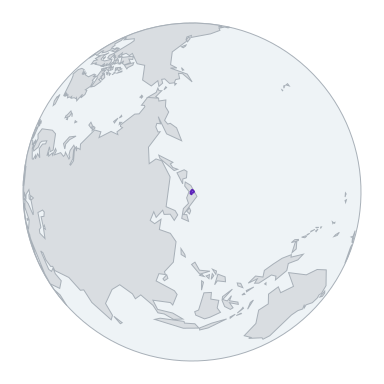 Fukushima highlighted on a globe, orthographic projection, rotated 313°
{"feature_id": "JPN-1864", "entity_name": "Fukushima", "entity_type": "Prefecture", "adm_level": 1, "iso_a3": "JPN", "parent_name": "Japan", "parent_adm1": "", "projection": "orthographic", "projection_center": [140.15, 37.378], "detail": "fine", "context": "on_globe", "style": "filled", "palette": "violet", "viewbox_px": 384, "rotation_deg": 313, "n_neighbors": 0, "source": "natural_earth", "source_scale": "10m", "svg_char_len": 12041}
<svg xmlns="http://www.w3.org/2000/svg" viewBox="0 0 384 384"><g transform="rotate(313 192 192)"><circle cx="192" cy="192" r="169" fill="#eef3f6" stroke="#a8b0b8"/><path d="M296.0,304.8L296.0,305.5L295.8,305.7L296.0,304.8ZM334.0,100.5L330.7,98.6L337.1,105.4L337.8,106.6L338.2,107.5L336.6,106.4L334.9,103.4L330.2,100.1L329.3,102.2L320.3,97.7L304.2,85.8L306.1,84.8L302.0,82.5L299.4,83.7L298.6,85.2L281.0,82.0L270.5,89.5L272.4,96.3L267.9,91.7L275.0,108.1L272.6,117.0L272.1,104.4L269.6,101.2L266.4,105.7L263.1,103.4L259.7,104.5L256.1,101.5L256.1,94.9L253.7,93.0L251.6,96.3L246.7,95.8L250.1,91.1L241.8,89.9L240.2,79.5L252.4,71.0L248.4,64.4L252.7,53.9L249.1,53.2L248.5,49.3L244.2,47.1L246.2,46.2L241.1,45.3L240.0,46.5L237.4,46.7L234.8,45.6L236.9,44.1L238.5,44.4L237.8,43.5L240.0,43.3L237.4,42.8L240.3,41.4L233.6,41.3L232.6,38.9L235.6,38.4L240.3,40.4L258.8,45.6L263.2,46.5L264.8,45.3L257.1,38.6L260.0,39.0L260.1,38.2L256.3,36.8L254.8,37.0L247.7,34.6L246.7,35.7L243.6,35.0L240.6,35.7L235.7,33.6L232.6,31.4L234.8,30.9L233.5,30.1L227.0,29.2L227.0,27.5L219.7,25.4L220.3,25.4L224.8,26.3L234.4,28.5L240.3,30.1L244.4,31.4L256.4,35.8L268.1,41.1L279.3,47.3L290.0,54.4L300.2,62.2L309.7,70.8L318.5,80.0L326.7,90.0L334.0,100.5ZM335.9,190.8L334.4,187.7L336.4,188.0L335.9,190.8ZM332.8,187.0L333.5,187.8L332.8,187.3L332.8,187.0ZM331.8,187.4L332.6,187.1L331.9,187.8L331.8,187.4ZM330.6,188.5L331.2,187.7L331.2,188.0L330.6,188.5ZM328.3,189.0L327.7,189.0L328.1,188.0L328.3,189.0ZM298.8,86.3L299.7,84.0L303.2,83.9L302.9,86.0L298.8,86.3ZM291.5,87.2L291.0,85.2L295.6,87.4L294.4,87.8L291.5,87.2ZM274.5,102.0L275.8,99.5L275.6,102.7L274.5,102.0ZM259.9,105.1L260.6,106.6L258.5,106.6L259.9,105.1ZM243.5,36.8L242.1,36.3L243.4,36.4L243.5,36.8ZM243.5,37.8L246.0,38.4L246.4,38.9L244.9,38.5L243.5,37.8ZM251.1,102.2L247.6,101.8L251.1,101.0L251.1,102.2ZM240.3,37.0L246.8,39.8L247.4,40.8L242.0,40.3L240.3,37.0ZM245.5,100.8L237.0,100.5L237.8,103.6L230.9,95.0L240.4,97.9L244.7,96.2L243.6,98.8L245.5,100.8ZM240.9,47.4L241.8,46.0L243.5,48.2L240.9,47.4ZM242.5,48.9L251.3,56.4L248.5,58.3L246.2,55.2L244.6,58.7L238.9,55.9L238.5,53.4L241.4,52.6L237.1,52.2L242.5,48.9ZM228.4,90.4L226.3,89.5L228.5,89.2L228.4,90.4ZM236.5,46.9L238.5,48.1L236.3,49.8L231.9,47.7L234.0,47.8L236.5,46.9ZM246.9,61.2L244.5,62.2L239.2,60.2L237.6,60.4L238.6,56.1L246.9,61.2ZM233.2,46.9L229.7,46.6L228.3,45.0L234.4,45.9L233.2,46.9ZM237.6,51.2L236.3,51.9L235.6,50.8L237.6,51.2ZM221.6,39.3L224.1,40.5L223.1,41.4L221.6,39.3ZM228.5,46.7L228.9,47.3L228.8,47.8L226.3,47.3L228.5,46.7ZM234.8,55.0L233.1,54.1L234.1,56.7L230.3,55.5L231.6,52.9L229.4,53.5L228.2,53.2L230.7,51.5L234.8,55.0ZM223.4,48.6L223.9,45.3L219.5,42.9L220.2,41.9L227.1,46.1L223.4,48.6ZM227.5,50.4L225.1,49.1L227.2,48.4L230.1,49.0L227.5,50.4ZM227.1,55.7L232.7,58.2L232.2,58.7L227.1,55.7ZM221.8,48.0L221.7,48.8L221.2,47.9L221.8,48.0ZM225.0,53.4L227.1,54.1L226.5,54.7L225.0,53.4ZM219.9,50.0L220.0,48.9L222.0,49.1L219.9,50.0ZM221.9,51.6L220.6,52.2L222.6,49.9L222.9,51.9L221.9,51.6ZM224.1,53.8L224.4,54.3L223.3,53.4L224.1,53.8ZM212.4,49.8L214.5,46.9L218.8,47.4L216.2,50.1L212.4,49.8ZM67.3,78.0L67.4,77.9L56.8,91.2L53.0,98.1L60.5,92.0L66.8,80.3L72.8,74.5L71.7,80.3L66.9,91.5L69.1,89.6L76.3,79.8L79.5,80.1L79.3,76.4L76.2,79.6L76.0,77.6L78.8,74.6L79.8,74.7L82.5,71.1L77.0,72.3L73.3,75.7L77.7,69.1L71.9,74.2L71.6,74.0L81.2,65.2L83.5,63.7L97.8,52.8L95.8,53.7L82.1,64.2L84.5,62.1L81.7,64.1L85.7,60.9L101.2,49.8L106.7,46.1L118.3,40.0L118.7,39.8L127.6,35.9L122.9,38.0L125.0,37.2L120.7,39.5L120.8,40.8L117.4,43.2L123.4,42.3L122.5,43.6L119.2,43.6L115.1,45.3L107.3,52.5L107.5,53.5L112.1,52.5L109.4,54.9L114.8,53.0L113.2,57.3L119.6,50.7L125.1,50.0L127.4,52.1L130.4,50.9L126.6,47.5L124.1,47.4L120.0,49.0L114.1,48.3L115.5,46.3L126.1,43.0L129.2,40.0L136.0,39.3L142.0,47.8L141.5,52.5L128.0,61.8L124.7,60.8L127.9,56.9L119.5,61.2L122.8,60.5L120.5,62.7L125.2,63.2L123.9,64.8L130.7,62.6L129.5,64.7L125.2,66.0L131.2,69.1L130.4,73.7L132.4,73.7L134.8,72.3L132.2,79.5L133.8,79.2L135.2,76.7L139.3,74.5L145.6,73.7L144.4,76.2L142.0,76.8L135.0,82.2L128.7,83.9L128.8,84.9L134.0,84.1L142.5,77.4L146.6,76.3L143.0,79.6L144.7,78.3L146.3,78.5L146.8,81.2L151.0,77.8L170.9,78.5L173.9,84.3L168.4,86.9L181.1,91.5L183.4,98.6L184.8,96.1L191.7,97.3L191.1,95.0L192.3,94.0L209.9,97.0L213.1,100.0L222.2,99.4L222.9,98.2L221.0,95.9L230.9,95.0L237.8,103.6L235.9,105.7L241.5,110.1L236.3,114.4L234.6,120.4L225.7,123.1L225.1,127.9L227.4,129.2L228.4,137.0L222.4,149.5L217.2,133.8L224.1,115.9L220.4,122.5L218.2,119.5L215.0,121.1L212.7,126.1L214.3,127.6L195.1,129.6L183.5,141.4L191.6,143.1L194.2,148.7L188.1,165.7L163.6,183.1L166.9,192.3L165.5,197.2L159.1,198.4L160.9,191.2L156.6,186.9L158.7,183.0L149.0,183.1L151.5,177.5L142.7,180.8L143.4,186.3L151.0,187.9L142.3,193.7L147.0,204.4L144.8,214.2L128.0,226.2L114.9,226.2L113.5,228.9L109.7,223.5L102.5,226.4L107.8,246.5L106.9,251.0L96.2,255.0L96.4,251.6L86.2,237.2L82.7,246.9L90.3,260.4L92.9,272.0L86.3,265.4L83.9,254.9L80.4,249.5L82.5,240.8L81.8,224.7L75.3,223.4L76.9,217.9L74.9,202.4L66.2,200.0L51.5,204.8L47.6,217.9L43.4,220.1L42.9,194.1L46.6,179.6L44.0,177.4L45.5,160.2L41.0,145.3L42.6,140.8L41.2,139.4L42.7,131.4L45.9,124.5L45.7,121.5L37.7,140.0L38.1,143.4L41.5,142.3L39.0,147.8L37.9,156.9L31.3,161.0L28.2,151.0L31.6,140.4L48.3,104.6L49.9,102.7L50.1,102.4L50.5,101.8L48.3,104.3L52.4,98.1L39.5,119.9L35.8,127.8L28.1,151.3L28.0,151.7L26.6,157.9L26.8,165.7L26.0,168.8L23.6,177.8L23.6,178.1L25.1,165.8L27.4,153.7L30.7,141.8L34.8,130.1L39.7,118.8L45.5,107.9L52.0,97.4L59.3,87.4L67.3,78.0ZM58.1,108.8L57.7,116.2L64.4,107.9L64.8,110.2L66.9,106.7L64.9,107.3L71.0,98.5L73.2,100.3L76.6,97.6L76.9,95.0L71.9,93.3L63.1,105.6L60.4,106.0L58.1,108.8ZM221.3,25.6L220.9,25.5L221.1,25.6L221.3,25.6ZM140.4,32.3L136.9,33.4L135.6,33.5L140.0,31.5L142.0,31.3L140.4,32.3ZM132.3,35.2L141.6,33.1L139.3,34.6L139.0,34.0L136.5,35.3L135.5,34.7L124.2,38.7L122.3,39.0L131.4,34.5L129.4,35.6L132.9,34.2L132.3,35.2ZM169.4,28.8L173.3,28.9L163.1,31.9L160.6,31.5L164.7,29.2L170.2,28.3L169.4,28.8ZM229.5,35.9L231.7,36.5L231.1,36.8L228.8,36.6L229.5,35.9ZM222.8,39.8L219.4,34.1L221.7,34.3L216.9,31.2L221.1,30.7L224.1,32.7L223.8,30.3L228.2,31.9L227.2,30.3L233.4,34.7L237.4,36.4L231.4,34.6L227.3,34.9L226.8,35.5L228.2,38.7L234.6,42.9L231.7,44.2L227.9,44.0L225.9,43.2L228.4,42.5L223.9,41.9L226.1,40.4L222.8,39.8ZM185.0,46.5L188.8,45.2L180.1,45.5L182.2,43.2L181.1,43.4L180.6,41.5L178.1,39.7L179.8,38.8L178.1,38.5L177.8,37.4L176.0,36.7L178.4,35.1L176.4,34.3L178.7,34.0L174.6,33.0L178.7,33.1L178.7,31.9L174.7,32.5L192.0,27.3L196.0,25.7L197.2,24.6L204.0,25.3L207.3,27.1L208.0,29.7L203.1,31.3L207.1,31.6L205.9,32.6L203.2,32.0L206.6,33.5L205.0,34.2L205.6,37.7L211.5,40.0L211.9,41.5L208.7,41.0L211.3,42.9L205.6,43.0L205.7,44.2L200.2,45.7L194.0,44.3L194.6,45.8L190.4,47.2L185.0,46.5ZM210.7,50.1L202.8,48.5L200.1,46.6L210.9,44.9L211.5,43.8L218.3,43.0L222.1,45.9L219.8,45.8L218.5,46.4L217.8,45.3L217.4,46.7L214.2,46.7L213.0,47.8L210.7,47.0L210.7,50.1ZM85.4,60.9L84.9,61.3L82.8,63.1L81.3,64.4L85.4,60.9ZM96.8,52.4L96.0,53.0L94.8,53.8L96.8,52.4ZM98.4,51.4L96.2,52.8L98.5,51.3L98.4,51.4ZM118.4,44.5L117.5,45.5L116.2,46.0L115.3,45.8L118.4,44.5ZM159.7,48.5L162.3,47.7L162.8,48.2L168.7,48.2L167.6,50.1L163.6,50.8L159.7,48.5ZM59.8,91.3L59.1,90.9L60.5,89.0L60.4,89.5L59.8,91.3ZM69.2,76.5L65.6,80.8L68.7,76.9L69.2,76.5ZM159.5,50.6L162.0,50.3L159.9,51.5L159.5,50.6ZM167.1,51.5L165.1,52.9L168.1,50.3L167.1,51.5ZM131.8,308.6L136.8,310.5L136.7,311.1L131.8,308.6ZM126.5,305.1L132.1,307.0L125.7,306.0L126.5,305.1ZM134.3,307.7L140.0,308.2L142.4,307.9L142.1,309.0L134.3,307.7ZM122.8,303.9L103.6,296.5L96.3,291.7L97.8,290.3L109.6,295.9L122.8,303.9ZM97.2,289.9L86.4,278.5L73.4,251.6L78.0,254.8L91.9,274.4L91.0,275.9L97.6,284.0L97.2,289.9ZM124.4,289.5L123.4,294.9L112.6,290.5L107.8,287.7L104.5,278.8L106.3,275.6L110.2,277.3L126.4,269.5L131.8,274.7L126.5,278.8L131.0,285.5L124.4,289.5ZM47.8,219.6L48.8,230.1L46.8,229.4L47.8,219.6ZM133.9,261.9L126.7,265.9L133.6,259.6L133.9,261.9ZM138.6,255.2L138.5,258.5L136.3,254.6L138.6,255.2ZM112.4,233.3L108.3,232.3L108.7,230.0L114.2,229.9L112.4,233.3ZM143.1,222.5L141.4,229.4L139.9,231.5L138.9,226.7L143.1,222.5ZM153.8,69.1L146.8,66.8L141.0,66.9L136.7,69.6L139.8,65.0L148.7,64.8L153.8,69.1ZM168.9,77.0L172.7,75.0L173.1,76.8L172.3,77.5L168.9,77.0ZM169.8,75.1L170.6,70.9L174.1,70.5L172.7,73.8L169.8,75.1ZM164.7,59.9L162.7,59.0L164.5,58.0L164.7,59.9ZM259.5,345.7L262.6,344.8L258.2,347.1L251.6,349.9L244.2,352.4L259.5,345.7ZM204.6,358.5L202.3,357.1L210.1,356.6L208.6,358.0L204.6,358.5ZM264.3,343.3L268.1,340.6L267.6,339.0L269.5,340.0L275.0,337.7L264.5,344.0L264.3,343.3ZM169.9,348.6L139.9,346.9L132.7,344.3L133.1,342.6L123.6,333.3L125.8,334.2L122.5,328.2L139.4,328.4L151.1,321.3L162.2,324.1L169.5,317.6L181.5,319.8L178.8,325.5L192.2,330.6L198.9,317.6L209.4,332.1L220.7,336.4L226.6,343.3L214.9,353.9L206.1,355.8L203.3,355.1L199.9,355.9L193.1,355.5L187.3,352.4L184.0,353.1L186.2,351.0L181.9,352.7L177.4,350.3L169.9,348.6ZM256.2,326.2L258.6,326.1L263.0,327.3L259.2,327.8L256.2,326.2ZM290.2,309.7L291.7,310.2L289.1,311.5L290.2,309.7ZM295.8,305.7L292.7,307.4L296.0,304.8L295.8,305.7ZM265.9,316.6L267.3,317.2L266.4,317.7L265.9,316.6ZM265.0,316.5L266.0,314.9L266.1,316.3L265.0,316.5ZM253.0,310.9L254.2,310.0L254.8,310.5L253.0,310.9ZM144.2,312.6L151.0,310.0L154.9,310.6L144.2,312.6ZM250.8,309.5L247.6,309.8L247.8,309.0L250.8,309.5ZM250.8,307.6L250.4,306.5L252.7,308.9L250.8,307.6ZM244.4,305.7L248.5,307.4L243.9,306.0L244.4,305.7ZM242.1,306.3L239.2,305.6L239.4,305.2L242.1,306.3ZM211.9,308.9L222.4,315.8L214.5,315.7L205.4,311.2L199.2,314.9L184.6,313.0L187.7,310.8L185.5,306.7L171.0,303.1L168.0,300.0L173.0,299.0L163.7,295.3L173.9,295.8L178.2,301.9L184.0,298.4L194.5,300.5L205.0,303.1L213.9,307.4L211.9,308.9ZM174.3,307.8L176.1,308.0L174.6,309.4L174.3,307.8ZM233.7,303.0L237.9,305.3L237.5,306.0L235.5,305.7L233.7,303.0ZM215.9,306.5L225.3,302.0L227.6,302.1L221.4,307.1L215.9,306.5ZM222.8,299.2L227.3,299.7L229.9,302.2L229.0,302.9L222.8,299.2ZM153.6,299.1L153.3,300.5L150.7,298.7L153.6,299.1ZM156.9,298.9L164.7,302.0L156.2,300.0L156.9,298.9ZM134.3,287.8L136.4,292.1L143.1,291.6L138.0,293.6L142.8,300.7L141.4,302.5L136.6,294.9L135.3,301.0L132.3,300.1L130.5,294.0L133.3,287.8L136.3,285.7L148.5,287.8L134.3,287.8ZM156.7,294.4L154.7,289.7L156.3,287.1L158.4,289.9L156.7,294.4ZM149.2,277.7L144.3,271.1L139.6,271.8L149.6,267.0L152.5,274.1L149.2,277.7ZM145.7,265.0L141.2,265.6L146.1,262.5L145.7,265.0ZM140.2,263.5L140.2,259.6L143.5,261.1L140.2,263.5ZM148.0,265.7L149.5,259.6L150.9,263.8L148.0,265.7ZM139.9,250.8L146.3,259.1L137.2,253.7L138.7,241.1L142.7,242.0L139.9,250.8ZM174.3,205.1L174.4,201.1L178.6,201.1L177.4,203.8L174.3,205.1ZM192.2,198.6L179.7,199.9L169.7,201.2L171.9,203.6L168.2,209.5L165.7,202.5L174.0,197.0L181.3,197.2L184.0,192.1L190.3,189.5L191.4,182.6L194.7,180.2L196.0,186.6L192.2,198.6ZM191.6,179.7L195.8,167.9L202.9,171.1L203.6,174.3L198.6,178.3L195.2,176.4L191.6,179.7ZM198.9,166.1L195.5,164.3L194.7,145.6L196.3,142.6L200.7,157.8L197.8,157.0L196.8,161.2L198.9,166.1ZM226.1,91.0L226.3,89.6L227.5,91.0L226.1,91.0ZM191.8,92.7L193.6,91.5L194.9,93.0L191.8,92.7ZM199.3,89.2L196.5,88.3L200.0,88.2L199.3,89.2ZM190.1,86.6L195.6,87.5L189.6,88.2L190.1,86.6Z" fill="#d9dde1" stroke="#a8b0b8" stroke-width="1"/><path d="M193.8,190.5L194.0,190.7L194.0,190.9L194.0,191.0L194.1,192.0L194.0,192.3L194.0,192.7L194.0,192.8L193.9,193.1L193.8,193.3L193.7,193.3L193.5,193.5L193.3,193.5L193.1,193.4L193.0,193.5L192.9,193.6L192.7,193.7L192.4,193.5L192.4,193.4L192.2,193.3L192.2,193.1L192.1,192.9L191.9,192.8L191.5,192.7L191.4,192.7L191.2,192.8L190.9,193.0L190.5,193.2L190.4,193.2L190.3,193.3L190.1,193.4L189.9,193.3L189.8,193.2L189.8,192.8L189.9,192.7L189.7,192.5L189.7,192.4L189.8,192.2L189.7,191.9L189.8,191.8L190.1,191.7L190.2,191.8L190.2,191.7L190.3,191.6L190.5,191.6L190.6,191.4L190.6,191.2L190.9,190.9L191.0,190.7L191.3,190.7L191.5,190.7L191.5,190.8L191.8,190.9L191.9,191.0L192.0,191.0L192.0,190.9L192.3,190.8L192.3,190.7L192.3,190.4L192.5,190.3L192.8,190.4L192.8,190.5L193.0,190.4L193.1,190.5L193.3,190.7L193.3,190.8L193.5,190.8L193.6,190.7L193.8,190.5L193.8,190.5Z" fill="#8b5cf6" stroke="#5b21b6" stroke-width="1.5"/></g></svg>